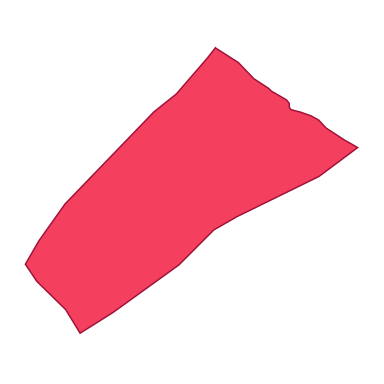 outline of Balha, Tadjourah, Djibouti, rotated 92°
{"feature_id": "41766387B97155389424645", "entity_name": "Balha", "entity_type": "district", "adm_level": 2, "iso_a3": "DJI", "parent_name": "Djibouti", "parent_adm1": "Tadjourah", "projection": "orthographic", "projection_center": [42.238, 11.898], "detail": "fine", "context": "isolated", "style": "filled", "palette": "rose", "viewbox_px": 384, "rotation_deg": 92, "n_neighbors": 0, "source": "geoboundaries", "source_scale": "gbopen_adm2", "svg_char_len": 544}
<svg xmlns="http://www.w3.org/2000/svg" viewBox="0 0 384 384"><g transform="rotate(92 192 192)"><path d="M141.8,28.0L134.5,41.9L123.4,60.2L115.7,67.9L111.7,75.8L110.0,81.2L108.5,85.9L106.3,95.8L104.3,97.6L100.0,97.9L96.7,100.7L88.4,116.2L85.8,119.0L76.6,134.2L74.9,135.9L61.1,150.1L47.6,172.9L47.0,173.6L57.3,181.1L94.6,211.1L113.2,232.8L208.3,318.4L246.1,343.3L270.0,356.0L286.7,344.0L313.9,314.2L337.0,298.9L315.2,266.8L265.3,202.5L229.1,168.8L215.1,146.3L172.0,65.6L141.8,28.0Z" fill="#f43f5e" stroke="#9f1239" stroke-width="1.5"/></g></svg>